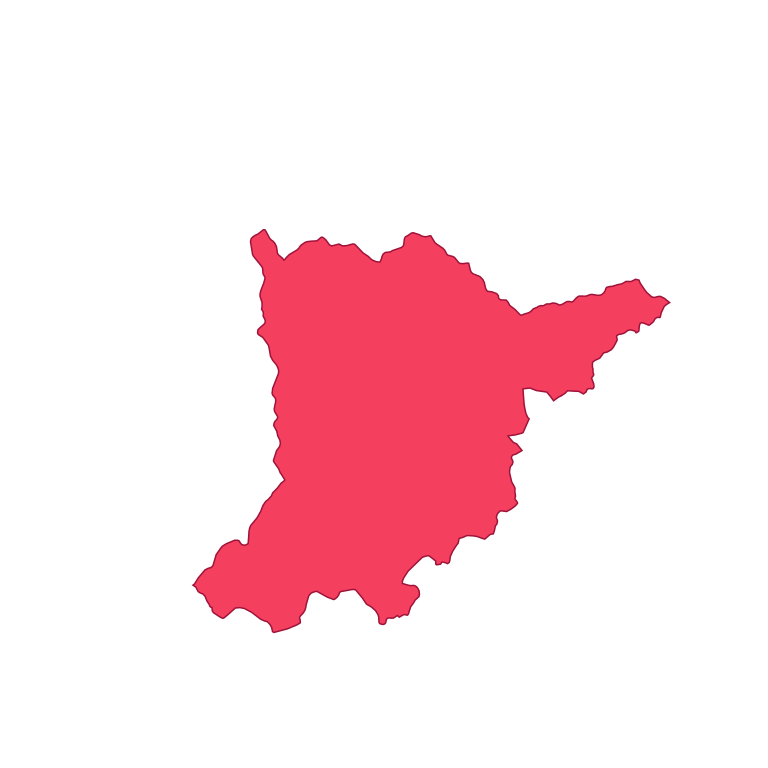 the district of Bao Lam, Cao Bằng, Vietnam, rotated 52°
{"feature_id": "81297802B56496932739620", "entity_name": "Bao Lam", "entity_type": "district", "adm_level": 2, "iso_a3": "VNM", "parent_name": "Vietnam", "parent_adm1": "Cao Bằng", "projection": "albers", "projection_center": [105.502, 22.876], "detail": "fine", "context": "isolated", "style": "filled", "palette": "rose", "viewbox_px": 768, "rotation_deg": 52, "n_neighbors": 0, "source": "geoboundaries", "source_scale": "gbopen_adm2", "svg_char_len": 6170}
<svg xmlns="http://www.w3.org/2000/svg" viewBox="0 0 768 768"><g transform="rotate(52 384 384)"><path d="M424.9,658.4L428.2,657.3L433.0,658.2L434.8,657.8L438.0,656.0L441.0,655.7L446.4,657.2L449.9,657.4L451.7,658.1L452.9,658.0L454.3,657.2L457.0,659.0L459.2,659.2L467.4,656.4L469.2,655.4L469.8,654.3L469.7,649.3L469.0,639.1L471.5,635.2L475.0,632.2L482.6,628.8L493.5,626.0L497.7,623.7L499.3,622.3L503.6,621.9L506.8,622.5L510.5,624.3L512.0,623.7L517.5,610.8L520.2,600.9L520.7,597.2L520.5,596.8L518.1,595.2L516.6,594.8L515.9,594.0L515.4,593.1L514.7,588.5L513.6,585.6L512.1,583.4L510.1,581.3L504.5,573.6L503.9,570.0L504.8,567.0L506.0,564.6L517.0,559.9L522.8,556.4L523.2,555.6L523.2,552.3L522.2,549.2L521.0,547.6L520.9,546.0L526.4,535.5L528.5,533.1L539.2,532.8L546.7,533.3L551.7,531.3L557.3,530.2L561.9,530.7L564.3,531.6L568.8,534.7L570.1,534.9L571.6,534.0L573.0,532.7L573.5,531.1L573.3,529.9L571.1,527.1L570.7,525.6L571.3,524.1L572.8,522.7L574.3,520.7L574.7,516.0L577.2,515.5L577.7,511.4L578.2,509.9L580.5,508.0L580.6,507.6L580.2,506.3L576.0,500.2L574.6,495.2L573.5,492.6L573.1,487.4L571.5,485.5L568.8,483.8L566.7,483.3L564.9,483.1L562.9,483.4L561.7,484.0L560.6,485.1L559.5,486.9L557.3,488.9L552.5,492.3L550.8,491.0L549.0,488.0L546.3,480.2L544.2,460.9L544.5,459.3L546.1,455.4L547.4,454.2L555.1,452.3L555.9,452.5L557.6,454.0L558.4,454.1L559.0,453.7L560.7,450.5L560.6,449.5L560.1,448.4L560.4,447.3L562.8,445.5L564.6,444.6L564.8,443.4L564.7,442.5L563.8,441.0L560.9,438.1L558.2,433.2L555.9,426.7L555.1,423.6L552.0,419.9L553.7,415.4L554.3,412.5L555.0,411.3L558.6,407.2L561.5,404.5L567.7,400.6L568.3,399.9L567.9,393.2L568.7,391.1L569.4,390.4L569.3,389.9L567.1,386.7L564.5,383.8L564.0,381.7L563.0,380.1L561.7,378.8L558.3,377.6L556.4,375.1L555.9,373.5L555.6,371.2L555.9,369.9L559.9,366.0L560.1,365.4L560.8,360.6L560.9,357.6L560.9,355.4L560.3,352.5L560.0,352.0L558.8,351.7L555.3,351.6L554.5,351.0L553.4,349.4L549.6,347.3L547.0,345.1L545.8,344.6L539.6,343.6L530.9,339.5L529.2,337.9L527.0,335.4L526.2,332.1L525.1,330.7L523.9,329.9L520.8,329.2L519.6,327.8L519.3,326.3L520.5,323.0L521.4,316.2L512.9,316.3L509.9,317.9L508.7,318.1L502.6,318.4L501.2,318.2L505.0,311.8L507.7,305.5L507.9,304.3L500.8,291.1L498.8,291.3L494.6,290.3L489.8,288.0L485.8,285.8L473.4,277.5L477.0,271.5L482.9,268.0L490.6,260.7L496.0,260.5L501.6,260.7L501.8,254.2L502.4,252.0L502.8,247.1L502.3,243.6L509.8,235.0L514.6,233.0L514.7,229.7L513.5,227.7L513.5,226.0L514.4,224.5L516.0,223.0L516.3,221.8L515.7,220.4L513.1,218.7L507.2,216.8L506.9,216.4L506.3,213.7L505.5,212.8L503.3,212.0L500.6,209.9L499.4,209.6L497.1,207.9L495.3,206.2L495.2,205.5L495.3,203.2L496.5,198.2L494.7,191.8L496.3,188.2L496.9,183.9L496.2,180.4L493.3,173.8L492.5,172.9L489.3,171.2L489.2,170.8L489.5,168.2L490.8,166.2L491.6,164.0L491.9,162.6L491.9,159.1L493.0,156.5L496.5,153.8L498.9,153.8L499.0,153.3L499.3,151.0L498.8,150.2L495.4,147.0L494.5,145.7L494.0,144.9L494.2,143.4L496.0,141.8L500.5,139.3L501.0,138.5L500.8,133.2L499.7,130.9L499.5,129.3L499.8,127.4L501.4,125.8L501.4,125.2L498.5,121.6L495.4,115.4L495.3,112.2L495.7,108.8L488.9,110.4L485.2,112.2L484.0,113.7L482.3,117.6L480.2,119.4L473.6,120.6L470.6,120.6L462.2,120.0L459.1,119.1L456.4,121.2L455.4,126.1L452.2,130.1L451.5,134.9L449.6,138.7L447.4,144.4L446.4,145.6L444.9,149.0L445.3,150.3L446.6,152.2L447.4,154.4L447.6,157.0L447.3,158.5L445.8,160.9L441.6,164.8L440.6,166.2L439.1,170.8L434.9,176.0L434.5,177.5L434.6,179.9L435.3,183.6L435.1,185.5L433.0,187.2L431.6,189.2L431.0,194.1L430.1,196.7L429.2,197.5L426.9,198.5L424.8,200.3L423.9,201.4L423.0,204.0L421.0,206.6L420.4,210.4L419.1,211.7L418.0,214.1L417.8,216.3L416.7,220.0L417.2,223.5L417.0,225.9L415.2,230.5L414.4,233.5L413.2,234.1L405.8,234.9L399.6,236.5L395.8,235.9L393.1,236.0L389.8,240.0L388.2,240.8L386.9,240.8L384.8,239.5L382.7,239.5L381.5,239.9L377.7,242.3L375.0,245.0L374.2,245.5L371.3,245.1L365.8,242.5L362.6,241.8L358.3,242.3L351.8,246.1L349.5,246.4L347.3,245.8L341.0,242.9L340.1,243.8L337.6,247.9L335.6,250.0L334.3,250.4L327.8,250.5L326.0,251.2L321.7,254.4L320.7,254.6L315.8,253.8L313.4,254.0L306.3,256.3L303.9,256.8L296.1,255.9L295.5,256.5L294.0,260.0L292.5,261.7L290.9,263.0L287.8,264.4L282.7,267.9L281.9,269.7L281.7,273.8L281.2,276.6L282.2,278.6L285.8,282.1L287.0,283.8L287.2,284.9L287.1,286.4L284.0,295.4L283.9,297.5L281.3,301.7L281.1,302.8L281.1,304.7L282.2,306.9L284.1,309.5L285.3,311.9L284.6,313.2L282.5,315.0L279.3,316.8L277.3,317.4L273.9,317.8L267.9,319.8L255.9,321.0L254.4,322.4L252.1,328.0L250.0,331.1L249.2,331.9L246.5,333.0L245.9,333.5L243.0,340.2L240.8,341.3L234.8,341.1L232.7,341.4L230.5,342.1L230.0,342.6L229.7,343.4L229.9,348.7L226.6,353.5L224.7,356.6L223.9,358.5L223.5,363.3L223.8,365.4L224.6,367.6L224.8,370.3L223.7,378.7L224.2,383.1L224.8,385.4L224.7,386.7L222.8,386.5L216.8,387.7L215.5,387.5L209.6,384.2L206.1,383.4L203.3,383.5L201.5,384.1L199.0,384.4L189.5,382.8L188.6,383.4L188.2,384.2L188.2,390.9L187.4,394.8L187.4,397.5L187.7,399.1L189.5,401.5L201.0,407.8L202.9,408.2L215.9,408.0L218.0,408.4L222.8,411.5L226.6,412.1L227.5,412.7L228.4,413.9L230.6,416.9L234.2,423.0L236.1,425.6L237.4,426.8L238.6,427.7L244.6,429.9L248.0,432.5L249.8,434.5L251.9,434.6L253.7,435.3L256.1,437.4L260.0,438.2L261.2,438.8L262.4,439.9L263.0,441.6L263.3,447.6L263.7,450.0L265.9,452.2L267.0,452.5L268.1,452.4L272.8,450.8L281.8,451.2L283.2,451.5L292.4,456.4L296.7,457.1L303.2,457.0L306.6,457.9L308.5,458.7L310.7,460.6L318.8,474.3L322.4,477.9L324.1,478.5L328.0,478.4L329.4,478.9L331.0,480.0L335.8,485.6L337.0,486.5L338.7,487.2L343.8,487.8L344.7,488.2L345.8,489.9L346.3,492.8L347.0,494.5L348.8,496.5L355.0,497.5L359.6,499.7L364.4,500.7L367.0,502.3L368.3,503.7L369.1,505.2L370.4,509.7L376.1,518.1L377.2,518.7L386.1,519.2L390.2,520.5L391.5,520.4L398.4,521.2L398.8,521.8L398.8,526.2L400.4,532.2L401.2,538.6L402.9,541.8L403.7,546.4L403.7,549.6L405.2,554.2L408.2,559.1L410.6,564.6L411.4,566.8L413.4,576.0L414.7,578.4L416.8,580.9L424.6,587.9L426.0,589.3L426.1,589.9L425.5,592.8L423.4,594.7L421.7,595.1L418.2,594.8L417.2,595.4L415.2,597.8L412.8,606.5L412.3,611.2L412.9,614.0L415.1,621.2L421.6,630.3L422.1,631.9L422.0,633.6L420.9,636.3L420.3,639.6L422.4,649.6L424.9,656.3L424.9,658.4Z" fill="#f43f5e" stroke="#9f1239" stroke-width="1.5"/></g></svg>